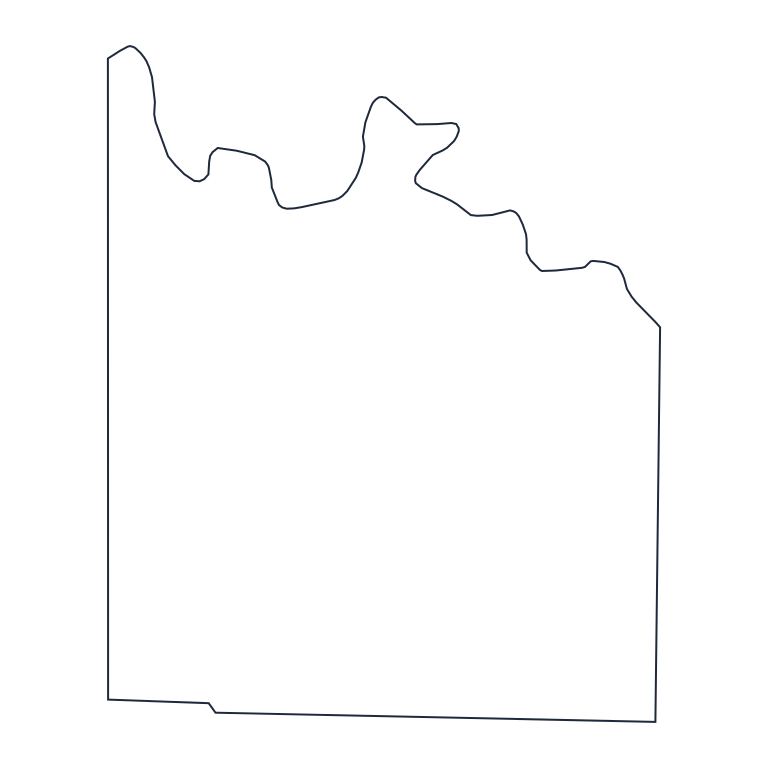 Grayson, Texas, United States of America
{"feature_id": "52423323B81583627867323", "entity_name": "Grayson", "entity_type": "district", "adm_level": 2, "iso_a3": "USA", "parent_name": "United States of America", "parent_adm1": "Texas", "projection": "natural_earth1", "projection_center": [-96.674, 33.679], "detail": "fine", "context": "isolated", "style": "outline", "palette": "slate", "viewbox_px": 768, "rotation_deg": 0, "n_neighbors": 0, "source": "geoboundaries", "source_scale": "gbopen_adm2", "svg_char_len": 1479}
<svg xmlns="http://www.w3.org/2000/svg" viewBox="0 0 768 768"><path d="M215.5,712.7L655.4,721.9L660.1,327.3L655.5,322.1L636.5,302.7L631.7,296.8L626.9,288.9L624.2,278.8L622.8,275.3L620.4,270.5L617.8,266.9L610.4,263.7L604.3,262.0L593.0,260.9L590.6,261.4L585.0,266.9L582.1,267.8L555.8,270.5L542.0,271.0L540.0,270.0L530.6,260.3L526.7,252.7L526.6,239.3L526.0,234.2L522.7,224.4L518.9,216.3L516.1,212.9L513.6,211.4L510.1,210.4L492.1,215.0L477.4,215.8L470.9,215.1L457.1,204.4L451.4,200.9L443.2,196.8L421.9,188.1L415.9,183.3L415.1,180.9L415.4,176.9L416.2,175.0L419.7,170.0L432.8,155.0L442.8,150.4L447.1,147.7L454.1,141.0L456.7,136.7L458.8,131.0L458.7,128.2L456.2,124.0L455.7,123.9L451.3,123.0L437.1,124.1L416.8,124.4L415.0,123.3L401.4,110.6L386.0,97.7L381.5,97.0L378.8,97.4L375.5,99.8L372.7,103.0L370.9,106.8L365.4,122.3L362.9,136.7L364.3,145.8L364.2,149.2L361.7,162.4L358.3,172.3L355.8,177.9L347.2,191.1L342.4,195.9L338.8,198.3L334.6,200.0L301.8,207.1L294.0,208.4L286.6,208.7L282.1,207.4L279.0,205.0L277.7,202.4L271.8,187.5L271.3,180.1L269.0,168.3L268.1,165.7L265.2,161.6L254.7,155.2L236.6,150.7L217.7,148.0L212.5,152.2L210.2,155.8L209.2,161.5L208.4,174.4L204.2,179.1L199.6,181.3L194.3,180.9L184.2,174.1L175.5,165.3L168.0,156.2L155.6,122.1L154.2,114.2L154.9,101.7L152.0,77.2L149.1,67.2L146.3,60.9L144.2,57.6L140.4,52.8L135.5,48.2L133.3,46.9L129.9,46.1L127.8,46.6L120.0,50.8L117.5,52.4L107.9,58.5L108.1,699.6L208.7,703.2L215.5,712.7Z" fill="none" stroke="#1e293b" stroke-width="2"/></svg>